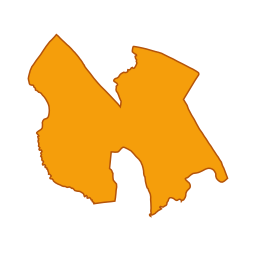 Kampong Rou, Svay Rieng, Cambodia (Albers equal-area conic projection), rotated 186°
{"feature_id": "14789045B79980971591511", "entity_name": "Kampong Rou", "entity_type": "district", "adm_level": 2, "iso_a3": "KHM", "parent_name": "Cambodia", "parent_adm1": "Svay Rieng", "projection": "albers", "projection_center": [105.949, 10.943], "detail": "fine", "context": "isolated", "style": "filled", "palette": "amber", "viewbox_px": 256, "rotation_deg": 186, "n_neighbors": 0, "source": "geoboundaries", "source_scale": "gbopen_adm2", "svg_char_len": 5755}
<svg xmlns="http://www.w3.org/2000/svg" viewBox="0 0 256 256"><g transform="rotate(186 128 128)"><path d="M206.5,80.8L206.2,80.1L205.7,80.0L204.9,79.9L204.4,79.6L204.4,78.7L203.7,78.4L203.2,77.4L203.0,76.7L202.4,75.5L202.2,74.9L202.1,73.8L201.6,74.0L200.9,73.7L199.9,72.9L199.3,72.2L199.9,71.3L200.4,70.3L200.4,69.9L200.0,69.5L198.8,69.4L198.0,69.4L197.2,68.7L196.6,67.6L196.0,67.1L195.1,66.5L194.2,65.9L193.3,65.6L192.3,65.1L190.7,64.6L189.2,64.2L188.1,63.7L187.2,63.4L186.0,63.2L184.5,63.3L183.7,63.1L182.3,62.6L181.2,62.9L180.2,63.2L179.2,63.0L178.5,62.6L177.6,62.1L176.8,62.3L176.3,62.0L175.4,61.3L174.4,60.3L173.4,60.1L172.1,59.9L170.2,59.9L168.9,59.8L168.1,59.4L167.5,59.1L166.3,58.6L165.4,57.9L164.7,56.6L164.3,55.5L163.8,55.2L163.0,56.1L162.2,56.5L161.5,55.7L161.4,54.2L161.0,54.0L160.1,54.2L159.2,54.7L158.3,54.4L157.7,53.7L157.0,52.6L156.2,52.7L156.0,52.3L155.9,51.5L155.7,51.0L155.0,50.8L154.1,50.2L154.3,49.7L154.0,49.1L153.0,49.4L144.5,51.5L141.1,52.2L137.2,53.0L133.4,53.9L133.2,57.5L133.2,61.7L133.3,64.7L133.1,68.1L133.6,71.1L135.6,73.0L137.1,74.5L137.6,76.2L138.0,78.3L138.3,81.5L138.9,82.0L139.4,83.3L140.2,84.5L142.1,85.8L142.2,102.4L140.4,102.6L138.4,102.6L136.0,103.0L135.0,103.5L133.8,105.1L132.4,107.1L130.9,108.4L129.4,108.3L126.2,107.2L122.6,105.6L119.7,103.1L117.1,100.6L114.7,98.7L114.0,98.2L112.7,96.7L112.0,96.1L111.3,95.0L110.8,93.9L110.0,92.7L109.0,90.2L108.0,87.0L107.7,84.9L107.2,82.9L106.5,81.6L106.0,81.1L106.0,80.7L105.7,79.7L105.1,76.9L104.7,75.6L103.9,73.4L103.3,71.8L102.6,70.4L101.7,69.8L101.0,68.1L100.5,67.3L99.6,65.8L98.9,64.5L98.2,61.8L98.0,59.2L97.4,55.8L96.7,50.7L96.6,47.7L96.2,46.1L96.1,45.4L96.4,45.1L97.3,44.5L97.5,43.9L97.2,43.1L96.2,42.6L96.4,43.5L96.0,44.0L95.6,44.1L94.9,44.1L94.3,44.4L93.0,45.2L91.7,46.2L91.3,47.0L90.5,47.7L89.8,48.2L89.3,49.2L88.3,49.6L86.3,51.1L87.6,52.0L88.1,52.5L87.8,53.2L87.4,53.4L86.8,53.2L84.9,53.0L84.4,53.3L83.4,54.2L82.2,54.9L81.6,55.7L81.4,56.9L81.5,57.9L80.9,58.9L80.5,59.7L80.0,61.9L79.1,63.0L77.6,63.2L76.6,63.0L75.7,62.8L75.2,62.6L74.3,62.0L73.8,61.7L72.8,61.2L72.0,61.1L71.3,61.3L70.2,62.2L69.0,62.6L68.0,62.2L67.6,61.8L67.3,60.7L66.9,61.4L66.0,62.1L65.5,62.1L65.0,62.6L64.5,63.6L63.9,64.9L63.5,66.6L63.6,67.9L63.5,69.6L62.8,71.6L61.7,73.0L60.6,74.4L60.1,75.3L60.0,76.7L60.4,78.2L61.0,79.2L61.5,79.8L62.0,80.2L62.5,80.5L63.5,81.2L63.8,81.5L65.0,82.4L65.7,83.4L65.3,84.0L64.8,84.4L64.0,84.6L63.1,85.3L60.9,87.7L58.7,89.5L57.4,89.9L55.4,90.4L53.3,91.1L51.6,92.0L49.3,93.4L46.8,95.1L44.9,96.0L43.5,96.4L41.6,96.4L39.9,95.9L38.4,95.1L37.3,93.8L36.5,92.7L36.0,91.9L35.8,90.8L35.6,89.2L34.8,87.3L33.5,85.9L31.6,84.6L30.1,84.0L28.4,84.1L27.0,85.0L25.9,86.0L23.7,88.4L27.9,96.8L28.8,98.5L29.6,99.6L30.4,101.1L31.6,103.8L33.8,106.4L35.2,108.4L36.7,110.0L39.7,113.7L41.0,115.2L42.3,116.9L43.8,118.8L45.9,121.1L47.3,122.9L49.1,125.2L51.3,127.7L53.6,130.7L56.8,134.3L60.1,139.0L63.1,143.5L66.1,147.4L69.9,153.1L71.6,156.7L75.8,162.2L66.2,182.6L63.2,188.4L63.3,189.5L63.6,190.2L64.5,190.8L66.2,191.7L69.7,193.3L73.1,194.5L76.3,195.8L80.6,197.5L85.7,199.4L90.5,201.4L94.9,202.9L97.5,203.9L99.7,204.7L102.2,205.7L103.1,205.9L105.4,206.4L109.0,206.9L117.9,208.5L121.8,209.0L125.7,209.4L128.3,209.6L130.4,209.7L131.2,209.6L131.5,208.9L131.7,207.5L131.8,205.5L131.6,204.2L130.5,203.5L129.3,202.6L128.1,202.2L127.3,201.7L127.1,200.8L128.2,200.4L128.4,199.8L127.6,197.7L126.6,196.9L126.6,196.0L126.7,194.9L126.1,194.0L126.0,193.1L126.3,192.1L126.7,190.8L127.9,188.3L129.1,187.9L130.0,188.7L131.0,188.1L131.9,186.5L132.9,185.9L134.2,186.0L134.3,185.3L134.0,184.5L134.6,183.7L135.4,183.1L136.7,182.8L138.0,183.0L139.3,182.2L140.4,181.4L141.2,180.6L142.0,179.3L142.6,177.9L143.6,176.9L144.7,176.2L145.2,176.1L146.2,175.5L146.9,174.6L147.1,173.4L146.5,172.8L144.9,172.0L143.6,171.2L143.0,170.4L142.9,169.7L143.5,169.0L144.1,168.3L143.9,167.4L143.9,164.7L143.4,163.4L142.6,162.5L142.0,161.9L141.4,160.8L140.8,159.7L139.4,156.8L138.5,155.2L137.7,153.9L137.6,153.0L137.7,152.2L137.6,150.9L137.9,148.2L140.6,150.9L149.7,158.7L154.7,162.9L159.6,166.8L162.9,169.8L167.2,173.9L171.2,178.2L175.2,182.2L177.8,185.0L177.8,185.5L178.1,186.0L178.6,186.3L179.3,187.2L180.2,188.5L181.2,189.7L182.1,190.7L183.3,191.9L184.5,193.3L185.8,194.6L186.8,195.6L187.7,196.4L189.0,197.7L190.0,198.4L192.7,200.9L195.4,203.1L196.9,204.1L197.6,204.6L200.4,206.8L202.3,208.2L205.1,210.4L206.2,211.4L207.3,212.3L209.0,213.4L210.6,211.0L212.8,208.1L214.9,205.6L217.9,200.7L220.1,196.6L222.6,191.7L226.4,185.4L228.4,181.6L230.0,178.9L231.2,175.1L231.8,171.5L232.2,168.6L232.3,166.6L231.9,165.4L231.8,164.9L231.4,164.0L231.0,162.6L230.6,161.6L229.9,160.9L228.4,160.6L227.1,160.7L226.4,160.3L225.9,159.0L225.3,158.5L224.5,158.0L224.1,157.3L224.1,156.3L223.6,155.9L222.7,155.8L221.4,155.0L220.7,154.3L219.3,154.1L217.8,153.3L216.7,152.0L214.4,150.0L212.8,148.1L211.7,146.5L210.5,144.8L209.7,143.3L209.1,142.0L208.7,140.7L208.4,139.0L208.1,137.3L208.0,135.1L208.1,133.0L208.4,131.0L208.9,130.0L209.9,129.0L212.3,127.9L213.3,126.4L213.8,124.4L213.4,122.5L213.3,120.7L213.3,119.1L214.2,117.6L217.0,115.3L218.2,114.0L218.3,113.4L217.4,112.4L216.8,112.0L216.1,111.3L215.8,110.7L216.8,110.1L216.3,108.5L215.7,108.0L216.0,107.4L215.8,107.0L215.7,106.4L216.2,105.7L215.9,105.2L215.7,104.4L215.1,103.7L215.2,103.1L214.9,102.1L215.1,101.1L215.1,100.7L214.8,100.3L213.6,99.2L213.9,98.3L214.2,98.0L214.2,97.2L213.6,96.7L213.1,96.7L212.4,97.0L211.8,96.9L211.5,96.3L211.1,95.3L211.5,94.9L212.1,93.9L211.7,93.3L211.2,92.5L211.5,92.0L211.7,91.6L211.6,91.2L211.8,90.8L210.9,90.3L211.0,89.9L210.8,89.5L210.5,89.0L210.3,88.2L210.4,87.3L209.7,86.5L209.1,86.4L208.5,85.6L209.0,84.1L209.3,83.5L209.2,82.8L208.8,82.3L208.0,82.6L207.2,82.8L206.4,82.3L206.1,81.8L206.0,81.4L206.5,80.8Z" fill="#f59e0b" stroke="#b45309" stroke-width="1.5"/></g></svg>